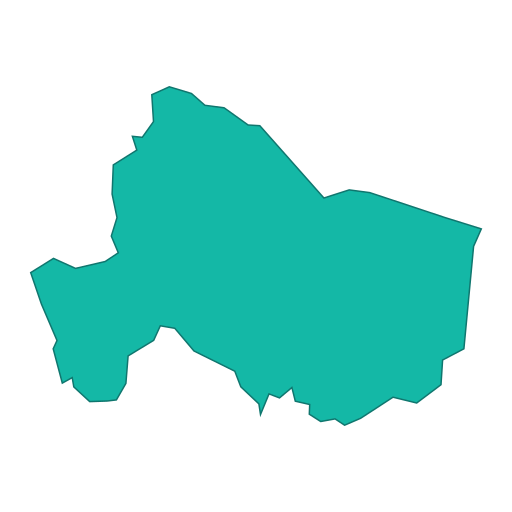 outline of Carter, Kentucky, United States of America
{"feature_id": "52423323B71495189407297", "entity_name": "Carter", "entity_type": "district", "adm_level": 2, "iso_a3": "USA", "parent_name": "United States of America", "parent_adm1": "Kentucky", "projection": "albers", "projection_center": [-83.1, 38.336], "detail": "fine", "context": "isolated", "style": "filled", "palette": "teal", "viewbox_px": 512, "rotation_deg": 0, "n_neighbors": 0, "source": "geoboundaries", "source_scale": "gbopen_adm2", "svg_char_len": 851}
<svg xmlns="http://www.w3.org/2000/svg" viewBox="0 0 512 512"><path d="M360.6,418.3L393.0,397.2L416.7,403.0L441.0,384.7L442.6,360.0L463.9,348.8L473.6,246.3L481.3,228.9L445.1,217.6L369.7,192.6L349.2,189.9L323.9,198.0L259.8,125.7L248.1,125.0L224.1,107.8L204.9,105.3L191.5,93.5L169.3,86.8L151.8,94.7L153.5,121.6L142.3,137.3L132.4,136.3L136.8,150.1L113.3,164.9L112.1,194.1L117.0,217.6L111.3,236.1L118.3,252.8L105.2,261.5L75.5,268.4L53.5,258.4L30.7,272.6L41.4,304.0L57.0,340.5L53.2,348.8L62.3,383.1L72.2,377.6L73.8,386.9L89.7,401.6L107.3,401.0L116.4,399.9L125.9,383.4L128.1,355.9L153.7,340.3L160.3,325.8L174.8,328.3L194.0,351.0L234.8,371.2L240.8,386.8L258.9,403.9L260.5,414.5L269.0,393.9L279.5,397.9L291.9,387.5L295.3,401.2L309.7,404.5L309.3,414.2L320.7,421.5L335.1,418.9L344.6,425.2L360.6,418.3Z" fill="#14b8a6" stroke="#0f766e" stroke-width="1.5"/></svg>